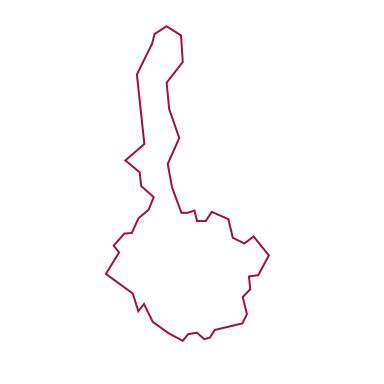 the district of Sarandë, Vlorë, Albania, rotated 26°
{"feature_id": "67620474B70468291702657", "entity_name": "Sarandë", "entity_type": "district", "adm_level": 2, "iso_a3": "ALB", "parent_name": "Albania", "parent_adm1": "Vlorë", "projection": "equal_earth", "projection_center": [20.101, 39.891], "detail": "fine", "context": "isolated", "style": "outline", "palette": "rose", "viewbox_px": 384, "rotation_deg": 26, "n_neighbors": 0, "source": "geoboundaries", "source_scale": "gbopen_adm2", "svg_char_len": 780}
<svg xmlns="http://www.w3.org/2000/svg" viewBox="0 0 384 384"><g transform="rotate(26 192 192)"><path d="M266.9,205.0L261.6,215.3L248.8,215.3L236.6,200.5L218.5,201.2L217.1,212.1L209.2,215.9L202.4,207.6L197.0,212.7L191.6,215.3L172.1,196.7L157.9,177.4L156.9,149.1L135.0,127.3L121.3,104.9L126.7,79.2L113.5,56.1L96.5,54.2L89.1,66.4L91.1,76.0L91.0,110.6L128.1,169.7L118.3,192.8L136.4,197.3L143.7,208.9L159.8,213.4L160.8,226.9L155.4,239.1L155.9,255.2L149.5,259.0L145.1,274.5L153.0,278.3L150.5,303.4L183.3,309.2L196.0,322.7L198.0,313.7L213.6,325.9L232.7,329.2L248.9,329.8L250.9,321.4L258.2,316.3L267.5,318.9L271.9,315.0L272.9,306.0L294.9,288.0L294.9,277.7L283.6,264.2L287.0,253.9L280.2,242.9L288.0,237.8L288.9,215.3L266.9,205.0Z" fill="none" stroke="#9f1239" stroke-width="2"/></g></svg>